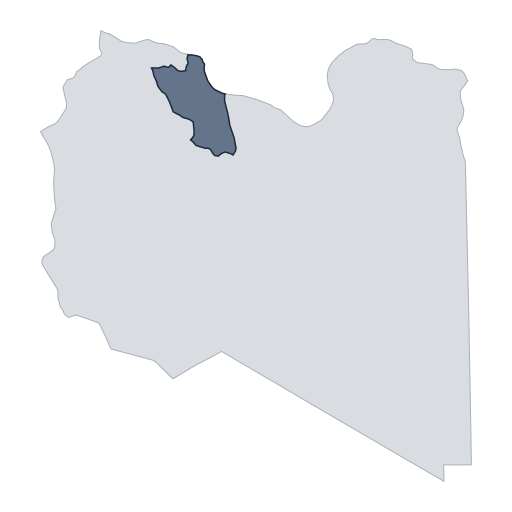 location of Misratah within Libya
{"feature_id": "LBY-2970", "entity_name": "Misratah", "entity_type": "Municipality", "adm_level": 1, "iso_a3": "LBY", "parent_name": "Libya", "parent_adm1": "", "projection": "natural_earth1", "projection_center": [15.024, 30.913], "detail": "fine", "context": "in_parent", "style": "filled", "palette": "slate", "viewbox_px": 512, "rotation_deg": 0, "n_neighbors": 0, "source": "natural_earth", "source_scale": "10m", "svg_char_len": 4294}
<svg xmlns="http://www.w3.org/2000/svg" viewBox="0 0 512 512"><path d="M46.3,128.0L49.5,126.2L54.1,124.2L56.5,122.8L57.6,121.5L61.1,116.4L62.9,113.6L65.4,109.7L66.5,107.0L66.5,104.5L66.2,101.5L64.4,94.3L62.9,87.3L64.2,84.6L65.2,83.3L67.3,80.0L68.2,79.4L72.8,78.3L74.6,76.1L76.0,73.4L76.4,72.0L78.4,70.4L80.8,68.9L82.3,67.0L87.2,63.9L91.6,61.2L96.7,58.3L100.7,56.0L101.5,54.0L101.5,52.3L99.4,48.5L99.4,43.9L99.6,40.1L99.8,37.8L100.8,31.6L100.9,30.7L105.0,32.8L109.2,33.6L121.6,41.4L125.5,42.3L134.3,43.3L144.6,40.1L148.5,39.5L155.3,42.5L158.3,43.3L163.3,43.6L171.9,46.3L174.1,47.2L179.1,51.5L181.5,52.8L199.3,56.8L201.7,59.4L204.2,64.4L204.3,70.6L205.7,75.1L207.9,80.9L210.6,85.1L213.6,88.5L217.0,90.7L224.8,93.9L233.7,95.1L242.6,95.5L257.9,99.9L270.9,105.0L274.2,107.5L280.7,109.9L293.7,121.8L301.0,125.9L306.1,126.8L310.6,126.0L318.6,121.9L321.9,119.4L329.9,109.1L332.5,103.8L333.5,100.0L333.2,96.1L332.1,92.7L329.8,89.0L328.2,84.3L327.1,75.6L328.3,69.7L329.8,66.1L332.2,62.4L338.8,55.5L345.4,50.5L357.2,44.1L364.0,44.0L366.9,43.3L372.4,38.8L374.7,38.6L377.9,39.7L387.2,39.4L391.4,40.7L396.3,43.5L402.6,45.3L407.0,47.0L411.7,49.3L412.9,54.9L412.4,56.5L412.3,58.7L417.2,62.6L431.0,64.4L433.8,65.4L437.6,68.4L440.1,69.3L449.5,69.7L455.0,69.1L460.2,70.2L462.2,71.2L464.3,73.5L466.8,79.1L467.8,81.0L466.8,81.9L465.4,83.9L464.5,85.6L462.1,88.5L460.1,91.5L460.4,96.0L461.0,100.6L462.5,105.0L463.8,109.9L463.6,113.2L462.7,117.1L461.5,120.4L457.6,127.3L457.0,128.9L457.3,131.2L460.0,139.3L460.2,141.8L461.9,149.7L463.4,156.1L465.1,161.1L465.3,162.5L465.5,169.9L465.7,177.3L465.9,184.7L466.0,192.1L466.2,199.5L466.4,206.9L466.5,214.3L466.7,221.7L466.9,229.1L467.0,236.5L467.2,243.9L467.4,251.3L467.5,258.7L467.7,266.0L467.8,273.4L468.0,280.8L468.2,288.2L468.3,295.6L468.5,303.0L468.6,310.4L468.8,317.8L468.9,325.2L469.1,332.6L469.2,340.0L469.3,347.4L469.5,354.8L469.6,362.2L469.8,369.6L469.9,376.9L470.0,384.3L470.2,391.7L470.3,399.1L470.6,415.5L470.9,431.9L471.1,448.3L471.4,464.7L471.2,464.8L464.2,464.9L457.4,464.9L450.5,464.9L443.7,464.9L443.7,469.0L443.8,473.1L443.9,477.2L443.9,481.3L430.5,473.5L417.1,465.7L403.7,458.0L390.3,450.2L377.0,442.4L363.6,434.6L350.3,426.8L337.0,419.1L323.6,411.3L310.3,403.5L297.0,395.7L283.8,387.9L270.5,380.1L257.2,372.4L244.0,364.6L230.8,356.8L221.6,351.4L211.8,356.7L204.1,360.8L193.9,366.2L182.3,373.2L173.3,378.6L172.9,378.6L172.5,378.4L163.2,369.3L155.9,362.1L152.7,360.1L139.0,356.5L125.3,352.8L111.0,349.0L108.4,343.2L105.6,336.7L101.7,328.6L99.3,323.6L98.5,322.8L87.6,318.9L76.0,315.0L69.2,317.3L68.0,317.2L66.1,315.7L64.2,313.7L63.2,310.9L60.5,307.1L58.1,298.6L57.9,291.7L57.5,289.3L51.5,279.7L46.2,270.9L42.6,265.1L41.9,262.5L42.4,259.2L43.9,256.3L49.2,252.9L54.0,249.1L54.7,246.5L55.1,239.4L53.6,237.1L52.5,232.9L51.4,227.1L51.3,223.5L53.5,216.1L56.0,208.5L54.6,200.0L53.6,183.0L54.5,169.6L54.0,164.7L53.6,162.6L52.1,156.3L50.2,149.8L49.3,147.5L46.8,142.2L42.7,135.7L40.6,131.7L43.6,129.6L46.3,128.0Z" fill="#d9dde1" stroke="#a8b0b8" stroke-width="1"/><path d="M188.0,54.8L192.2,55.0L197.6,56.0L198.8,56.5L199.4,56.6L199.8,56.8L200.8,58.2L201.8,58.8L202.1,59.2L202.4,60.4L202.6,61.0L203.2,62.3L204.3,63.9L204.5,64.4L204.5,65.1L204.2,66.3L204.1,67.6L204.1,68.4L204.3,70.8L204.5,72.0L207.7,80.7L208.4,81.9L211.3,86.2L213.1,88.2L215.1,89.8L222.7,93.5L225.2,94.0L225.1,94.3L224.6,95.5L224.6,101.0L225.8,105.8L227.6,112.8L228.9,119.2L229.8,125.3L231.9,131.4L234.2,138.1L235.1,143.3L236.0,147.6L235.5,151.0L233.0,155.0L231.7,154.1L229.1,153.2L225.3,152.0L222.7,152.9L220.1,154.5L218.4,156.1L214.6,155.5L212.6,153.1L210.8,150.0L209.9,149.1L208.2,148.2L205.0,148.3L202.6,147.4L200.0,146.8L195.9,145.3L193.9,142.9L191.8,140.8L190.6,140.1L190.9,139.4L192.7,137.5L194.0,135.0L194.1,131.2L193.7,127.0L193.2,122.0L190.9,120.3L190.7,120.2L188.6,119.1L182.7,117.4L179.7,115.1L177.2,114.0L173.2,111.8L171.8,108.0L169.3,101.5L165.8,94.6L165.3,94.0L163.9,93.0L162.1,91.9L159.2,88.1L157.7,85.8L156.8,82.3L155.6,79.3L153.9,75.8L152.9,70.9L151.5,68.0L153.1,67.9L157.3,68.1L159.0,67.8L161.7,67.0L163.2,66.3L164.9,66.3L166.6,67.1L167.4,67.2L169.4,66.8L170.9,64.9L175.3,68.1L177.5,70.4L180.3,71.4L183.8,71.0L185.6,70.7L186.0,67.8L186.9,65.1L188.0,63.7L188.0,61.8L187.3,60.0L187.1,58.3L187.6,56.0L188.0,55.2L188.0,54.8Z" fill="#64748b" stroke="#1e293b" stroke-width="1.5"/></svg>